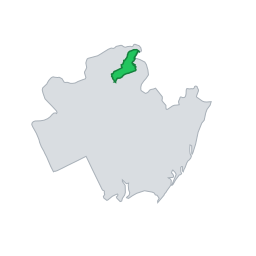 Mpassa, Haut-Ogooué, Gabon shown in context, rotated 244°
{"feature_id": "22940354B37639469829308", "entity_name": "Mpassa", "entity_type": "district", "adm_level": 2, "iso_a3": "GAB", "parent_name": "Gabon", "parent_adm1": "Haut-Ogooué", "projection": "mercator", "projection_center": [13.612, -1.737], "detail": "fine", "context": "in_parent", "style": "filled", "palette": "green", "viewbox_px": 256, "rotation_deg": 244, "n_neighbors": 0, "source": "geoboundaries", "source_scale": "gbopen_adm2", "svg_char_len": 6351}
<svg xmlns="http://www.w3.org/2000/svg" viewBox="0 0 256 256"><g transform="rotate(244 128 128)"><path d="M175.2,45.6L175.0,47.6L172.9,52.3L171.8,56.0L171.6,59.9L172.2,63.0L173.2,65.3L173.9,67.7L173.4,69.4L172.3,70.1L173.0,71.0L174.6,71.2L177.4,70.4L181.6,69.1L187.0,67.3L190.6,66.2L196.6,66.9L199.8,67.6L201.4,68.9L203.2,74.5L204.0,75.4L205.5,77.7L206.7,80.6L206.9,82.0L206.8,83.1L205.6,84.6L204.2,86.9L203.8,88.3L202.6,89.3L201.2,90.3L197.2,90.7L196.6,91.3L195.5,93.7L193.4,95.8L192.4,97.7L191.6,100.3L191.7,103.5L191.3,108.1L190.9,111.2L191.9,112.3L196.7,113.1L197.6,113.7L198.9,115.6L200.5,117.4L204.9,118.6L206.5,120.0L207.9,121.5L208.1,122.7L207.1,127.7L206.2,132.5L206.5,136.2L206.9,139.7L207.4,144.8L207.2,147.9L205.9,149.8L205.9,151.3L206.5,153.1L205.4,158.0L204.7,158.8L202.8,159.8L201.7,161.1L201.4,163.2L200.4,166.0L199.3,167.1L199.3,168.4L200.3,169.4L200.3,170.9L198.4,172.7L197.2,174.0L194.6,174.7L191.6,174.0L190.9,173.0L191.7,171.4L191.4,170.2L190.4,168.9L188.8,165.6L187.4,164.9L186.6,166.3L184.2,168.8L179.9,172.0L177.0,172.3L171.4,171.3L166.8,169.7L164.6,165.9L163.3,162.8L161.3,159.2L159.1,157.4L156.7,156.3L155.7,156.3L152.3,158.3L151.3,159.1L151.3,160.8L151.6,162.4L152.1,163.1L152.6,164.2L152.5,165.7L151.9,167.9L151.7,170.2L141.1,172.5L139.3,171.7L137.9,170.6L136.3,170.8L131.7,172.0L130.1,171.2L128.4,170.6L127.6,171.1L127.5,172.1L128.3,177.6L128.1,179.7L127.0,182.4L126.5,184.3L129.3,184.8L130.3,185.7L131.3,187.0L132.7,188.3L132.8,189.1L131.2,190.6L130.7,192.3L131.4,193.7L133.3,195.2L136.1,196.7L137.5,197.7L137.4,198.6L136.1,200.5L135.6,202.1L134.7,203.6L134.9,204.9L136.1,206.2L136.0,207.3L135.1,208.2L133.4,208.0L131.9,208.1L130.6,207.7L126.5,203.4L125.6,203.3L119.6,206.6L118.1,208.0L116.9,210.0L115.2,214.3L112.5,211.8L110.1,207.2L107.4,204.4L101.6,199.9L100.1,196.5L93.5,189.2L84.0,181.8L77.2,175.4L76.2,174.0L77.3,174.2L83.9,177.4L84.8,177.0L85.6,176.3L82.7,174.6L80.0,173.3L77.4,172.5L74.9,172.6L73.5,171.2L72.5,169.2L72.1,167.4L70.9,165.6L67.3,161.8L66.4,160.4L64.4,158.4L65.6,158.1L69.5,160.0L69.9,159.2L69.5,158.1L65.6,156.3L63.5,156.2L63.0,154.9L63.3,153.5L60.5,148.0L57.6,143.8L57.1,141.9L65.0,150.8L66.0,151.0L67.4,150.9L70.6,149.9L70.0,148.7L68.6,147.4L67.1,148.0L65.3,148.1L64.3,147.6L63.9,146.7L65.7,142.3L65.0,142.5L64.4,143.3L63.4,143.7L61.8,143.9L57.9,141.6L54.5,135.3L53.6,134.0L52.7,131.8L51.8,130.9L47.9,122.0L49.4,122.6L51.2,125.2L54.7,124.7L56.0,123.2L57.2,123.2L58.4,122.9L59.9,121.5L64.4,115.3L65.5,107.2L65.2,102.4L64.5,97.6L66.0,96.1L66.6,97.1L66.8,98.8L67.5,100.0L69.1,101.2L72.1,101.5L76.6,103.2L78.2,104.4L78.7,102.1L83.9,100.2L82.3,99.5L77.7,100.3L71.3,97.4L69.2,95.6L67.2,92.1L65.1,90.3L65.3,88.7L69.9,87.2L71.1,87.3L71.6,89.1L72.8,89.8L73.3,89.6L73.5,88.1L73.5,84.0L72.1,78.1L72.5,77.0L73.8,76.6L74.9,75.8L75.7,75.6L77.2,75.8L78.0,77.1L78.4,77.9L80.0,78.2L81.3,79.0L82.4,78.8L83.3,77.9L84.7,77.8L88.8,77.8L92.6,77.8L100.1,77.8L107.7,77.8L115.2,77.9L120.9,77.9L120.9,74.5L120.8,69.3L120.8,63.2L120.8,57.3L120.7,51.9L120.7,45.5L121.0,43.6L121.4,42.9L121.3,41.8L127.1,41.7L137.6,42.2L142.3,42.1L143.6,42.2L149.3,41.9L154.0,42.3L156.0,42.8L157.8,43.0L163.4,43.3L170.7,42.9L173.2,43.0L174.5,43.9L175.2,45.6Z" fill="#d9dde1" stroke="#a8b0b8" stroke-width="1"/><path d="M174.6,136.9L174.8,137.0L175.1,137.1L175.3,137.1L175.4,137.3L175.5,137.6L175.7,137.8L175.9,138.0L176.1,138.2L176.2,138.4L176.3,138.5L176.5,138.8L176.8,139.1L176.9,139.4L177.0,139.6L177.3,139.9L177.3,140.2L177.3,140.6L177.1,140.7L177.1,140.9L177.0,141.3L176.9,141.5L176.7,141.8L176.6,142.2L176.5,142.5L176.4,142.8L176.3,143.1L176.3,143.5L176.5,143.8L176.5,144.2L176.5,144.7L176.5,145.1L176.6,145.3L176.8,145.5L176.9,145.9L177.0,146.0L177.2,146.3L177.3,146.7L177.5,147.6L177.6,148.0L177.6,148.3L177.6,148.6L177.6,149.7L177.5,150.8L177.3,151.5L177.2,151.9L177.1,152.3L177.0,152.7L176.9,153.3L176.9,153.9L176.9,154.7L176.8,155.1L176.7,155.7L176.6,157.2L176.5,158.5L176.4,159.2L176.3,159.4L176.3,159.7L176.4,160.0L176.6,160.3L176.7,160.6L176.9,160.7L177.1,160.6L177.5,160.6L177.9,160.8L178.3,160.8L178.6,160.7L178.9,160.7L179.0,160.9L179.1,161.2L179.2,161.6L179.4,161.8L179.7,161.9L180.0,161.8L180.3,161.7L180.4,161.4L180.5,161.3L180.7,161.2L180.9,161.1L181.1,161.0L181.3,160.9L181.8,160.7L181.7,160.9L181.6,161.1L181.6,161.4L181.6,161.8L181.7,162.0L182.1,161.7L182.6,161.4L182.9,161.1L183.3,161.0L183.6,160.8L183.8,160.5L183.9,160.3L184.2,160.2L184.6,160.2L184.9,160.3L185.0,160.5L185.2,160.8L185.4,161.2L185.6,161.4L185.7,161.8L185.8,162.1L185.7,162.4L185.8,162.8L186.1,163.1L186.3,163.3L186.5,163.5L186.6,163.8L186.7,164.2L186.9,164.4L187.1,164.5L187.6,164.8L187.8,164.4L188.0,164.2L188.4,164.5L188.7,164.7L189.2,165.4L189.3,165.8L189.6,166.4L189.9,166.9L190.3,167.5L190.7,167.9L191.2,168.3L191.4,168.6L191.5,169.3L191.7,169.5L192.0,169.7L192.2,169.8L192.5,170.1L192.6,170.5L192.4,170.9L192.1,171.2L191.7,171.5L192.0,171.6L192.4,171.4L192.6,171.3L193.0,171.1L193.5,170.8L193.8,170.6L194.1,170.5L194.4,170.3L194.6,170.1L194.9,169.6L195.0,169.2L195.2,168.7L195.4,168.3L195.6,168.1L195.7,167.9L195.8,167.6L195.9,167.3L195.9,167.0L195.9,166.6L195.9,166.3L195.9,165.9L195.9,165.4L195.9,165.0L196.0,164.5L196.1,163.9L196.2,163.3L196.1,162.6L195.9,162.1L195.7,161.6L195.5,161.2L195.3,160.9L194.9,160.6L194.4,160.2L194.1,159.8L194.0,159.6L193.6,159.4L193.3,159.3L192.8,158.8L192.5,158.5L192.0,158.1L191.8,157.7L191.5,157.2L191.1,156.4L190.8,155.9L190.6,155.4L190.4,155.0L190.2,154.4L190.3,154.1L190.5,153.8L190.2,153.6L189.8,153.5L189.5,153.4L189.3,153.2L189.1,152.9L188.9,152.6L188.7,152.4L188.4,152.2L188.1,152.0L187.9,151.7L187.7,151.2L187.7,150.2L187.7,149.6L187.1,149.5L186.8,149.4L186.5,149.3L186.3,149.1L186.0,149.1L185.8,149.1L185.6,149.1L185.3,149.3L185.1,149.3L184.9,149.1L184.7,148.8L184.7,147.6L184.7,144.2L184.7,141.0L184.8,140.9L184.9,140.7L184.8,140.2L184.5,139.7L184.4,139.5L184.1,139.2L183.8,138.9L183.6,138.6L183.5,138.3L183.4,137.9L183.6,137.6L183.7,137.4L183.7,136.9L183.1,136.6L182.6,136.6L182.3,136.5L182.0,136.4L181.8,136.3L181.6,136.1L181.4,135.9L181.1,136.0L180.8,136.1L180.7,136.3L180.3,136.4L180.1,136.4L179.7,136.2L179.2,135.9L178.9,135.9L178.5,136.0L178.0,136.2L177.7,136.2L177.4,136.3L177.2,136.3L176.9,136.4L176.7,136.4L176.4,136.5L176.2,136.4L175.8,136.2L175.6,136.1L175.5,135.9L175.4,136.1L175.2,136.3L175.0,136.5L174.8,136.8L174.6,136.9Z" fill="#22c55e" stroke="#15803d" stroke-width="1.5"/></g></svg>